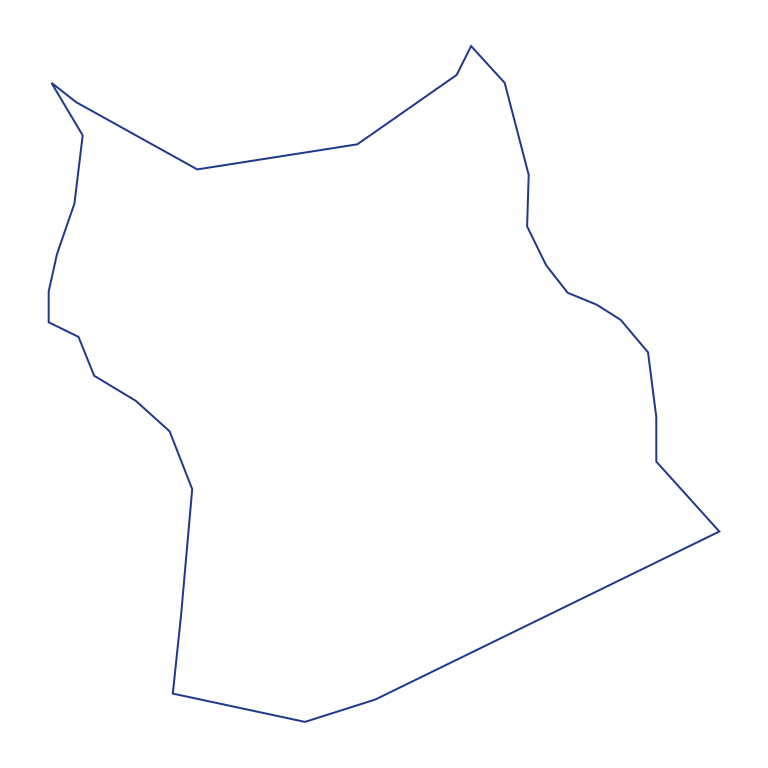 map outline of Selnica ob Dravi (Equal Earth projection)
{"feature_id": "SVN-234", "entity_name": "Selnica ob Dravi", "entity_type": "Municipality", "adm_level": 1, "iso_a3": "SVN", "parent_name": "Slovenia", "parent_adm1": "", "projection": "equal_earth", "projection_center": [15.485, 46.584], "detail": "fine", "context": "isolated", "style": "outline", "palette": "blue", "viewbox_px": 768, "rotation_deg": 0, "n_neighbors": 0, "source": "natural_earth", "source_scale": "10m", "svg_char_len": 508}
<svg xmlns="http://www.w3.org/2000/svg" viewBox="0 0 768 768"><path d="M197.2,169.4L357.3,144.3L456.7,74.9L471.1,46.1L504.7,82.9L528.7,174.9L527.1,226.4L546.1,265.2L567.7,292.8L596.7,304.7L620.7,319.9L648.0,352.3L656.3,417.1L656.3,461.6L719.3,531.5L375.3,699.5L304.9,721.9L172.8,693.6L181.1,614.8L192.2,489.1L169.6,431.3L135.6,400.7L94.2,375.8L78.5,336.9L48.7,322.3L48.7,291.4L57.0,254.0L74.4,203.7L82.7,135.4L52.0,83.8L51.6,82.9L76.3,102.3L197.2,169.4Z" fill="none" stroke="#1e3a8a" stroke-width="2"/></svg>